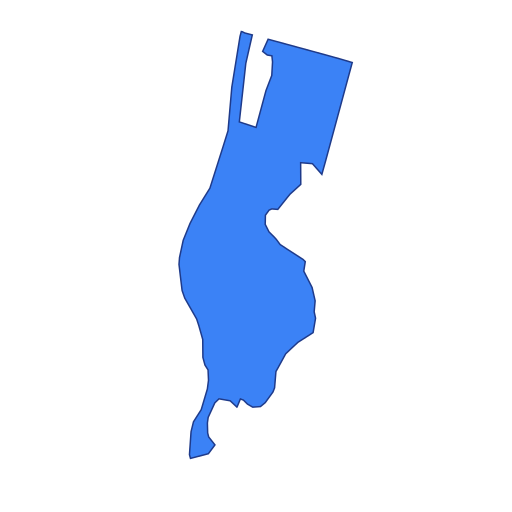 outline of Pinellas, Florida, United States of America, rotated 16°
{"feature_id": "52423323B48942229676406", "entity_name": "Pinellas", "entity_type": "district", "adm_level": 2, "iso_a3": "USA", "parent_name": "United States of America", "parent_adm1": "Florida", "projection": "equal_earth", "projection_center": [-82.727, 27.893], "detail": "fine", "context": "isolated", "style": "filled", "palette": "blue", "viewbox_px": 512, "rotation_deg": 16, "n_neighbors": 0, "source": "geoboundaries", "source_scale": "gbopen_adm2", "svg_char_len": 1304}
<svg xmlns="http://www.w3.org/2000/svg" viewBox="0 0 512 512"><g transform="rotate(16 256 256)"><path d="M180.0,44.3L180.1,49.2L186.2,100.3L194.6,143.4L194.2,160.4L193.0,203.5L187.6,222.5L183.6,242.9L181.7,261.0L182.9,278.6L184.3,285.3L189.9,298.7L194.5,309.6L199.1,316.1L216.3,332.9L220.3,338.8L227.8,350.9L232.9,368.1L237.0,374.9L241.3,378.7L244.6,388.6L245.9,397.3L245.7,418.8L241.6,432.6L242.0,442.8L246.8,465.3L248.8,468.6L264.7,459.2L268.6,448.9L260.4,443.0L258.3,439.4L255.3,429.9L254.5,424.3L256.9,408.5L259.8,403.5L271.1,402.3L279.3,406.5L279.4,406.3L280.4,397.7L283.7,398.0L288.4,400.6L288.6,400.7L294.5,402.2L301.8,399.5L305.3,394.4L309.8,382.0L310.2,377.6L307.0,361.5L307.8,358.2L311.5,341.8L315.1,335.7L320.1,327.4L332.0,313.9L330.4,299.4L327.3,293.6L325.2,282.8L318.6,270.8L306.1,257.4L304.9,247.8L302.1,246.3L283.9,240.8L276.0,238.3L270.9,234.4L268.5,232.9L261.8,229.2L256.1,223.0L255.4,220.2L253.8,214.2L255.9,208.3L258.2,206.4L264.1,205.2L270.1,190.8L271.7,187.1L279.3,174.8L273.2,154.0L284.8,151.7L296.8,159.4L296.7,145.5L295.5,64.9L295.2,43.5L283.3,43.4L268.1,43.5L207.9,44.3L206.0,57.5L211.4,59.7L216.1,59.2L218.4,64.9L221.4,78.1L220.0,94.2L220.6,132.4L203.0,131.7L193.1,73.6L191.5,44.5L183.7,44.7L181.1,44.2L180.0,44.3Z" fill="#3b82f6" stroke="#1e3a8a" stroke-width="1.5"/></g></svg>